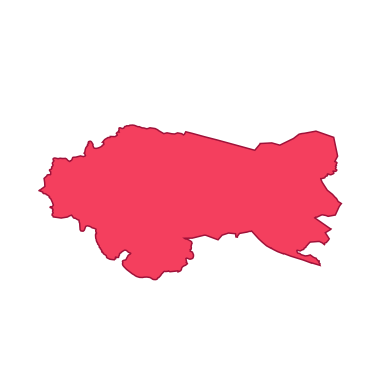 the district of Cirmas pag., Ludzas, Latvia, rotated 199°
{"feature_id": "27541924B88018197851327", "entity_name": "Cirmas pag.", "entity_type": "district", "adm_level": 2, "iso_a3": "LVA", "parent_name": "Latvia", "parent_adm1": "Ludzas", "projection": "equal_earth", "projection_center": [27.6, 56.52], "detail": "fine", "context": "isolated", "style": "filled", "palette": "rose", "viewbox_px": 384, "rotation_deg": 199, "n_neighbors": 0, "source": "geoboundaries", "source_scale": "gbopen_adm2", "svg_char_len": 6036}
<svg xmlns="http://www.w3.org/2000/svg" viewBox="0 0 384 384"><g transform="rotate(199 192 192)"><path d="M282.8,219.3L287.4,217.9L287.3,216.9L289.2,216.1L291.6,213.2L292.8,210.1L292.0,210.4L291.7,210.1L291.8,209.5L291.0,208.8L290.9,208.1L291.9,207.1L292.1,206.7L292.0,206.2L293.2,204.7L295.0,203.1L296.8,202.0L298.6,201.6L299.2,201.9L299.9,202.5L301.0,204.0L301.1,204.8L303.3,206.6L304.0,206.9L304.9,206.9L306.1,206.0L306.3,205.2L305.6,204.8L305.5,204.5L306.3,203.1L305.7,202.1L305.8,201.8L306.2,201.4L306.3,201.0L306.2,200.8L306.7,199.7L306.8,197.7L306.3,194.6L306.7,193.6L305.7,193.1L304.6,191.7L304.8,191.3L305.6,190.5L306.3,190.1L309.2,189.8L313.1,187.2L315.7,186.1L316.0,185.7L316.1,184.6L316.0,184.0L316.3,182.6L317.2,182.0L317.3,181.3L317.6,181.0L317.9,181.0L319.8,181.5L321.4,182.4L322.6,182.6L325.1,181.6L327.7,181.0L329.5,179.9L332.2,179.6L333.0,179.4L333.7,178.9L334.1,178.4L334.0,177.7L333.4,176.8L332.7,176.5L333.5,173.8L332.9,172.9L332.4,172.6L332.1,171.8L332.3,171.1L332.9,169.9L332.3,169.0L332.4,167.9L333.7,166.9L333.9,166.4L333.6,165.8L332.2,165.1L331.4,162.8L331.5,162.3L332.8,161.9L334.3,161.1L334.5,160.7L334.5,159.9L336.3,156.7L334.3,152.8L332.9,149.3L335.6,145.5L335.7,144.8L336.8,144.2L337.0,143.5L333.1,143.3L332.7,142.6L332.1,142.3L331.5,142.2L330.9,142.5L329.7,142.6L329.3,142.5L328.9,142.1L327.7,142.1L325.3,141.3L325.2,140.4L323.2,139.5L320.2,136.3L319.6,135.3L319.1,135.1L318.8,134.5L318.8,134.1L319.2,133.4L319.3,132.8L319.7,132.5L320.7,132.2L321.1,131.9L321.2,131.3L320.9,131.1L320.4,131.2L319.8,131.0L318.6,131.2L318.4,130.9L318.4,130.4L317.8,130.2L317.8,129.8L317.5,129.3L317.7,128.9L317.3,127.8L316.6,127.3L316.6,126.4L317.0,125.8L316.8,125.4L316.9,124.9L316.6,124.4L315.2,123.8L315.0,123.3L307.2,124.8L301.6,127.8L299.8,129.8L298.3,130.9L295.6,129.0L294.9,128.9L293.8,129.2L291.3,128.6L289.8,128.6L288.5,126.3L288.1,126.1L285.5,119.9L284.3,119.0L282.2,119.5L281.6,120.4L281.4,120.9L281.3,124.9L279.9,126.0L277.8,126.2L276.4,126.1L274.7,125.6L273.4,125.8L270.9,125.7L270.5,125.3L270.5,124.3L270.2,123.5L269.0,122.3L269.3,122.0L268.9,121.4L269.3,121.2L269.4,120.7L269.1,119.6L268.3,117.7L267.8,116.7L266.9,115.8L266.8,115.2L266.1,114.2L265.8,113.8L265.0,113.5L264.9,113.1L264.2,112.4L264.2,112.1L262.7,111.3L261.9,110.3L261.9,110.1L261.5,109.4L260.5,109.2L260.1,108.4L259.6,108.3L258.5,107.5L258.3,107.2L258.5,107.1L258.3,106.7L257.5,106.3L257.6,106.2L257.6,105.9L256.2,105.4L255.9,105.4L255.7,104.9L255.4,104.7L252.7,104.1L252.1,103.6L251.5,102.5L250.9,102.1L247.9,101.7L246.5,101.9L243.4,102.6L243.2,103.4L242.5,103.9L242.5,104.8L243.1,105.1L243.1,105.5L240.5,106.0L240.2,106.3L240.2,106.8L240.4,107.8L240.1,108.9L240.4,109.7L240.3,110.4L239.4,111.4L239.2,112.1L238.0,113.7L237.0,114.9L236.5,115.2L235.3,115.4L233.6,114.9L232.6,114.3L230.3,114.2L230.0,114.1L230.1,113.3L231.4,111.8L231.8,111.1L231.8,110.0L232.1,109.1L232.4,106.6L232.8,106.1L234.4,105.1L235.1,104.3L235.1,103.6L234.4,102.6L234.4,101.6L234.2,101.1L233.4,100.1L232.0,99.2L228.6,97.5L221.8,95.2L219.3,94.7L218.6,94.4L216.9,94.1L213.8,94.2L211.1,95.0L209.3,96.0L207.0,96.9L203.7,97.5L200.6,96.7L199.5,96.8L197.6,97.4L196.5,98.5L196.3,99.8L195.6,100.3L195.4,100.7L194.4,102.9L194.1,104.6L193.8,105.0L192.7,107.5L192.4,107.9L190.8,108.3L188.9,109.2L188.6,109.6L188.4,109.7L187.3,109.4L186.5,109.6L179.7,112.8L179.2,111.9L177.7,113.2L177.1,114.0L176.8,115.0L177.0,117.1L176.6,118.1L175.7,119.4L174.1,120.8L173.5,122.1L173.0,122.6L173.1,123.0L174.5,123.6L174.3,124.1L176.1,127.0L176.0,127.3L175.8,127.6L174.4,127.9L173.2,127.7L172.0,127.8L170.4,128.8L169.6,130.0L169.7,131.9L170.2,133.2L172.1,135.3L174.4,135.5L174.4,136.2L175.0,136.8L174.9,137.1L174.3,137.5L174.2,137.9L174.5,139.2L175.1,140.1L175.4,143.0L175.2,143.4L176.0,144.6L176.5,144.9L178.8,145.5L181.4,145.8L183.1,145.5L184.1,145.8L176.7,148.5L166.3,155.2L164.9,155.6L151.8,155.3L149.5,161.0L144.1,165.1L137.3,166.7L135.8,163.8L134.4,164.1L134.6,165.1L133.6,168.3L126.8,172.1L125.0,173.4L123.6,173.9L123.0,174.5L122.7,174.4L113.8,169.5L109.1,167.4L104.0,165.4L98.9,164.5L98.9,164.8L96.8,164.2L91.7,163.5L85.2,163.3L85.1,163.7L77.5,163.5L64.5,163.9L56.4,163.7L56.5,163.9L47.1,164.3L47.7,165.0L47.5,165.4L47.7,165.9L48.4,166.2L48.6,166.4L48.9,166.5L49.0,166.8L49.7,167.4L49.7,167.7L49.2,168.0L49.3,168.2L50.0,168.0L51.1,168.4L52.4,169.1L53.1,169.8L54.5,169.7L56.1,169.9L59.7,171.0L61.8,169.5L64.1,168.4L68.4,168.3L70.2,169.0L71.8,168.7L72.3,168.8L73.3,169.8L73.8,170.9L73.6,171.2L70.5,171.5L69.0,173.1L67.7,174.1L67.6,175.4L66.4,176.7L66.4,177.9L66.0,178.5L64.9,181.3L64.0,183.1L56.8,186.2L55.3,186.7L52.2,186.3L49.0,185.1L49.9,185.7L50.1,186.2L49.9,186.8L48.4,188.1L48.2,189.0L47.5,190.5L47.0,192.4L52.7,196.9L48.7,201.7L48.5,202.3L49.6,202.4L67.5,207.5L66.9,208.5L65.7,208.9L61.9,212.6L61.2,212.9L57.7,213.4L55.4,213.3L49.0,216.9L48.1,226.2L47.7,227.7L47.0,229.7L50.7,230.6L53.3,232.9L55.2,233.7L58.4,235.5L64.6,237.7L72.0,243.5L74.3,246.0L74.6,246.6L73.7,246.9L71.3,248.5L71.0,248.9L71.0,249.8L70.7,250.4L69.5,251.2L69.3,251.7L69.4,252.3L69.9,252.8L69.7,253.2L68.7,253.4L67.1,253.3L66.3,253.5L64.4,255.2L64.0,255.7L64.1,256.1L64.6,256.9L65.3,257.4L65.3,257.7L63.1,258.2L62.4,258.9L62.2,259.7L62.4,260.1L63.7,260.4L64.0,260.9L63.8,262.2L64.7,263.0L64.5,263.6L64.1,264.0L64.6,264.5L64.6,265.1L64.4,266.7L64.5,266.9L65.1,267.2L66.9,267.3L66.0,273.3L75.8,289.8L94.6,289.9L104.7,284.2L107.2,283.0L109.6,281.5L113.5,275.6L124.2,264.9L132.5,264.4L143.4,260.0L143.3,259.5L146.2,251.9L184.9,249.4L198.6,248.3L211.0,247.5L217.5,246.9L218.0,244.1L218.7,243.2L220.7,243.8L224.9,243.2L227.3,241.2L230.0,240.5L234.9,239.8L237.7,238.0L243.7,239.2L244.6,239.6L247.5,240.0L252.7,239.0L254.4,237.6L255.6,237.0L258.3,236.9L260.0,236.4L263.2,236.6L264.4,236.1L267.9,236.3L269.8,236.0L272.5,234.9L272.6,234.6L273.6,233.9L275.4,233.3L276.0,232.5L276.9,232.0L277.3,230.3L277.6,229.9L278.7,229.3L281.0,229.3L281.7,228.8L281.8,228.5L281.2,227.0L281.3,225.7L280.5,225.0L281.9,224.4L282.6,223.0L282.5,222.6L281.6,222.0L281.2,221.4L282.8,219.3Z" fill="#f43f5e" stroke="#9f1239" stroke-width="1.5"/></g></svg>